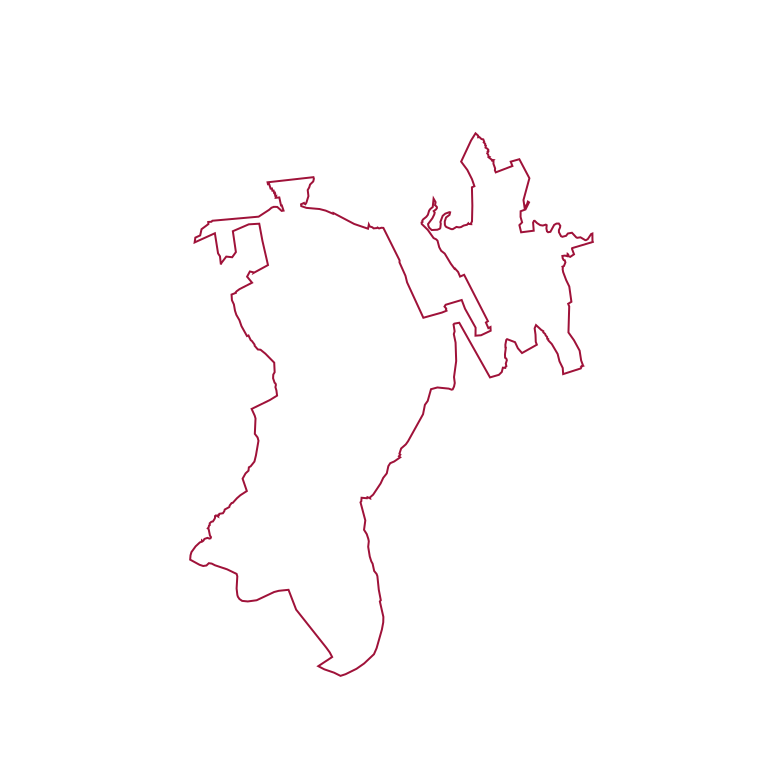 Temoaya, México, Mexico, rotated 150°
{"feature_id": "50627088B51364435398439", "entity_name": "Temoaya", "entity_type": "district", "adm_level": 2, "iso_a3": "MEX", "parent_name": "Mexico", "parent_adm1": "México", "projection": "natural_earth1", "projection_center": [-99.618, 19.489], "detail": "fine", "context": "isolated", "style": "outline", "palette": "rose", "viewbox_px": 768, "rotation_deg": 150, "n_neighbors": 0, "source": "geoboundaries", "source_scale": "gbopen_adm2", "svg_char_len": 6166}
<svg xmlns="http://www.w3.org/2000/svg" viewBox="0 0 768 768"><g transform="rotate(150 384 384)"><path d="M179.4,555.3L186.8,551.4L206.0,538.0L204.8,527.7L205.4,517.4L206.8,510.1L209.5,510.4L218.3,494.3L226.5,480.8L228.1,479.8L228.5,478.8L230.7,480.3L230.7,481.0L232.5,480.4L235.8,481.4L238.9,481.4L240.7,482.1L242.7,483.8L247.0,483.7L248.3,484.5L251.3,488.5L251.8,489.5L251.7,491.4L250.1,494.4L247.0,497.2L242.7,497.7L240.9,499.6L241.4,500.1L245.8,500.9L249.1,500.3L254.2,496.1L254.7,494.4L257.2,491.0L258.1,490.6L260.6,490.9L265.7,493.5L266.7,496.7L266.6,498.4L265.9,500.5L259.3,503.3L255.7,505.7L254.4,507.1L254.5,508.9L251.6,509.2L250.1,510.0L249.7,511.1L250.4,513.3L248.4,515.7L248.4,519.7L253.3,512.9L256.4,512.4L258.2,511.6L261.4,508.6L263.8,507.6L267.8,507.0L269.2,506.3L269.6,505.1L270.7,505.1L271.3,503.7L269.0,495.5L268.1,485.6L266.5,483.2L266.0,481.4L267.8,474.8L267.9,470.8L266.2,466.6L266.0,454.8L265.3,448.5L264.8,448.6L263.8,444.0L264.4,439.0L260.0,438.5L262.6,386.4L265.0,386.3L265.7,380.2L263.3,380.1L265.0,376.8L275.6,377.7L280.6,380.1L276.5,387.0L276.2,408.7L274.7,417.9L291.0,421.8L292.9,420.8L292.4,418.3L292.9,417.9L293.2,416.2L298.1,416.9L316.8,421.7L313.2,460.5L311.3,467.0L309.8,481.5L308.7,483.3L306.5,519.5L308.1,520.6L310.5,521.2L311.4,522.8L312.2,522.6L315.2,524.0L315.7,525.5L317.6,527.6L317.4,529.7L320.2,526.5L329.8,537.5L342.4,557.5L343.0,556.9L347.8,563.3L352.4,567.8L363.1,575.3L366.7,579.4L366.0,581.1L362.8,580.8L362.9,580.2L362.2,579.0L360.6,579.8L355.5,584.5L353.1,590.1L350.4,591.7L348.3,593.7L344.0,594.8L342.1,596.8L341.7,598.4L384.0,616.9L384.6,615.0L383.5,614.5L384.5,609.9L383.3,609.4L384.0,607.2L382.9,606.7L383.6,604.5L382.8,604.3L383.0,603.5L383.4,603.7L384.1,601.2L383.3,600.9L384.7,599.4L381.4,597.9L383.9,590.1L383.2,589.8L384.3,584.4L386.1,585.1L387.9,590.7L390.8,592.5L393.3,592.9L396.3,592.3L408.9,591.6L451.0,611.2L452.3,610.8L455.2,612.2L456.1,610.3L464.6,609.3L468.9,604.6L474.2,605.1L477.2,601.3L455.1,599.1L462.4,580.1L462.2,576.6L465.5,569.1L464.3,570.1L456.9,573.2L452.1,569.7L446.3,572.3L438.5,591.9L421.3,589.9L411.9,585.2L417.7,568.8L425.0,545.0L441.1,545.4L440.8,545.6L443.9,548.5L448.9,545.4L447.6,537.7L461.6,538.4L465.3,538.0L466.7,537.5L466.8,537.0L471.3,537.7L473.8,532.6L474.2,528.0L476.4,522.0L477.3,517.7L477.3,511.6L478.5,505.4L478.7,494.0L477.1,493.8L477.5,488.6L476.9,487.3L476.4,482.9L476.9,481.8L476.0,477.0L473.8,475.4L471.6,469.7L468.4,457.4L472.8,448.9L475.2,447.5L477.2,444.4L478.1,439.8L477.7,438.6L478.1,437.2L479.6,435.6L480.4,432.2L482.4,427.4L491.1,427.2L511.1,428.6L511.8,421.2L512.5,418.4L520.8,405.4L520.2,400.9L521.1,397.6L530.6,386.2L535.0,381.6L540.6,379.4L542.7,379.4L544.7,376.7L548.6,375.8L553.8,372.7L556.3,359.9L564.0,359.5L568.5,358.6L574.4,356.7L575.5,357.1L578.3,356.0L579.5,354.8L584.7,354.9L585.9,353.7L588.1,352.6L591.5,353.9L592.6,352.9L593.1,353.4L594.0,352.9L594.1,352.4L595.2,354.2L596.4,354.1L597.2,352.6L598.5,351.7L600.9,350.5L602.4,351.0L604.6,350.5L605.5,348.9L606.3,348.9L607.6,347.5L608.8,347.1L608.4,346.1L610.5,339.8L610.4,337.9L611.4,337.1L612.6,337.5L613.8,339.0L616.9,339.6L618.8,338.6L619.7,338.5L620.0,339.4L620.6,338.5L622.7,338.9L628.3,337.6L634.8,334.7L637.2,332.4L639.7,328.8L634.1,319.6L631.6,316.8L628.5,315.6L625.3,316.4L623.0,314.6L621.0,311.5L612.5,301.9L606.6,293.2L607.2,290.8L613.9,280.6L616.5,274.6L616.9,272.8L616.7,270.1L615.3,267.1L610.7,263.8L602.4,260.4L583.2,258.8L578.5,257.5L569.6,253.5L572.9,232.5L565.8,184.4L565.2,178.7L565.4,173.5L582.0,172.5L578.4,166.8L571.6,159.0L567.6,153.0L562.4,151.9L550.2,151.1L541.0,151.9L527.8,155.0L522.5,158.9L508.6,172.4L503.8,178.0L501.0,182.6L496.3,197.8L494.9,198.3L491.4,208.4L485.8,220.9L485.4,223.2L486.0,227.0L483.7,234.1L483.7,236.7L482.6,241.7L479.1,250.9L475.8,255.4L475.0,257.8L474.0,262.6L474.2,267.7L468.4,275.2L463.5,293.3L462.3,293.8L460.3,296.7L455.9,293.6L455.0,294.3L453.2,291.9L452.9,292.8L448.7,293.6L436.6,299.6L431.6,303.1L426.3,305.2L421.3,310.7L418.2,312.3L413.9,311.8L406.6,312.4L407.2,314.0L405.2,314.6L405.5,315.9L401.4,319.6L395.3,320.8L391.8,322.4L365.3,338.3L359.0,345.5L354.6,347.5L345.9,356.0L339.5,354.3L330.2,347.6L328.3,345.3L327.2,345.0L324.6,346.8L322.2,349.5L319.9,355.0L310.0,367.8L301.3,384.1L298.6,392.3L296.5,394.3L294.0,400.8L292.9,401.1L288.2,399.4L288.9,336.7L279.9,334.5L276.0,335.5L272.9,338.7L270.9,337.3L269.9,338.3L269.1,338.3L268.3,340.8L265.7,343.2L265.4,344.9L266.0,346.2L264.4,349.2L260.3,354.6L260.6,354.9L259.2,357.4L256.1,361.0L255.0,361.3L249.6,354.7L250.2,348.0L249.0,341.8L232.0,341.6L231.5,344.6L228.1,351.0L225.7,356.9L222.9,359.0L220.7,352.0L219.6,350.1L220.2,349.1L219.4,346.7L219.7,345.2L219.2,343.2L220.0,341.6L219.3,340.8L219.9,339.7L218.7,334.7L218.6,323.2L220.7,315.9L221.2,308.5L223.9,303.0L205.8,299.1L204.1,300.4L203.4,300.3L203.8,300.7L202.3,301.0L201.5,305.8L197.9,315.1L197.6,326.9L198.5,336.4L184.8,358.6L184.4,361.4L180.6,361.5L174.8,375.8L174.3,382.8L172.9,391.3L171.9,394.1L171.0,395.2L170.8,396.4L169.2,396.2L166.1,398.6L165.6,400.7L166.4,401.4L166.4,403.5L165.5,405.7L163.2,404.8L161.3,403.0L160.0,404.8L159.7,404.0L160.4,402.7L159.2,401.0L154.6,401.3L153.6,407.1L153.1,407.6L132.1,402.6L131.8,403.9L128.3,410.1L129.6,410.3L135.1,407.6L137.1,407.6L137.8,408.0L140.5,412.8L143.6,414.0L144.2,414.9L145.6,421.0L149.5,422.4L152.2,421.3L155.9,422.3L156.8,423.5L156.6,428.0L155.6,429.8L153.2,431.6L152.2,432.9L152.4,435.6L154.5,436.7L157.1,436.7L163.8,432.6L166.0,433.4L166.5,434.7L165.6,437.5L163.7,440.2L164.2,441.1L167.2,441.8L169.3,443.5L171.0,446.8L171.9,450.0L172.6,450.3L174.2,449.2L177.7,441.9L189.4,446.8L187.3,453.9L183.6,454.9L182.2,460.4L179.3,465.3L174.2,464.4L167.6,468.8L168.2,470.0L170.1,468.3L174.1,466.4L171.2,473.6L155.2,489.5L154.4,511.0L163.1,513.2L163.8,508.6L181.4,511.4L181.1,513.7L180.0,515.1L179.1,520.0L178.0,521.8L178.2,522.7L177.1,523.1L177.9,523.7L178.7,523.6L178.7,524.7L180.0,527.9L179.2,528.0L179.8,528.8L179.1,530.4L179.3,532.2L177.6,533.0L177.9,533.6L176.6,534.4L176.8,536.0L177.9,538.0L176.6,539.5L177.0,540.2L176.3,541.3L176.8,543.4L176.1,543.6L175.7,546.2L177.1,547.4L177.9,550.1L179.1,550.6L178.3,552.0L179.4,555.3Z" fill="none" stroke="#9f1239" stroke-width="2"/></g></svg>